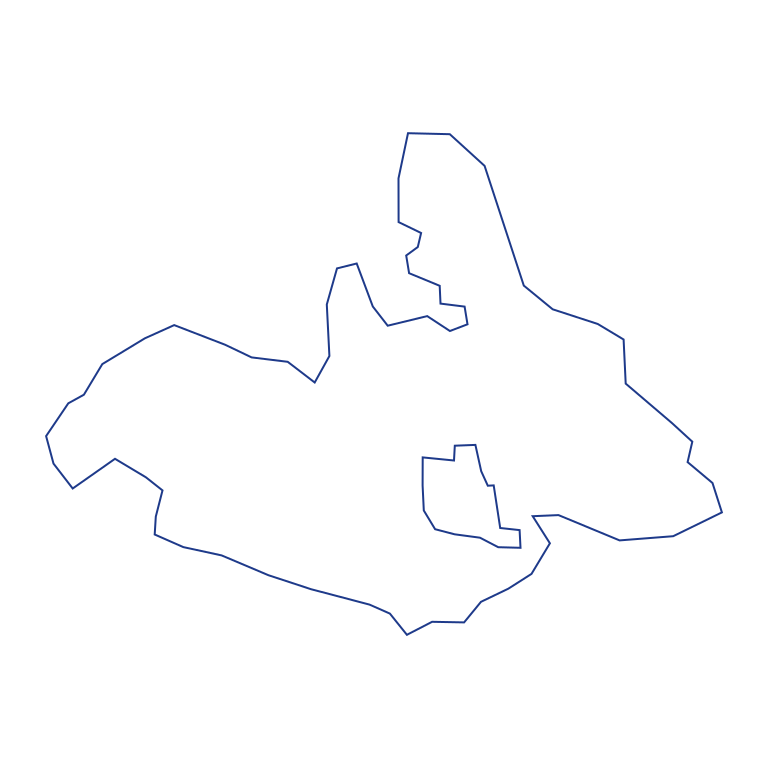 Urgench, Khorezm, Uzbekistan
{"feature_id": "79887680B5155786713045", "entity_name": "Urgench", "entity_type": "district", "adm_level": 2, "iso_a3": "UZB", "parent_name": "Uzbekistan", "parent_adm1": "Khorezm", "projection": "equal_earth", "projection_center": [60.538, 41.573], "detail": "fine", "context": "isolated", "style": "outline", "palette": "blue", "viewbox_px": 768, "rotation_deg": 0, "n_neighbors": 0, "source": "geoboundaries", "source_scale": "gbopen_adm2", "svg_char_len": 1118}
<svg xmlns="http://www.w3.org/2000/svg" viewBox="0 0 768 768"><path d="M68.3,403.3L46.1,436.1L53.5,463.6L72.7,488.5L115.0,458.8L145.9,477.3L162.5,490.4L155.8,516.6L154.7,534.5L183.3,547.1L221.6,555.4L268.4,575.2L311.0,589.2L369.5,604.6L389.9,613.6L406.9,634.8L432.1,621.8L464.1,622.4L481.0,601.8L508.3,588.7L531.5,573.9L549.9,543.3L532.7,516.2L558.5,515.1L619.6,540.4L673.2,536.2L721.9,512.4L712.5,483.0L687.6,462.1L692.3,441.7L672.0,423.1L625.7,383.6L623.6,339.5L597.8,324.0L552.7,309.3L523.8,285.6L484.6,165.9L449.8,134.2L408.0,133.2L398.5,178.4L398.6,222.1L421.1,233.0L417.8,247.0L406.2,255.5L409.1,273.2L439.7,285.8L440.5,303.6L464.6,306.6L467.5,324.3L449.9,331.0L427.2,316.1L387.7,325.7L372.8,306.5L356.7,263.5L337.0,268.4L326.8,304.5L329.4,356.0L314.7,382.5L287.7,361.8L251.6,357.4L225.0,344.7L174.2,325.1L144.9,338.3L102.3,364.1L83.9,394.7L68.3,403.3ZM475.4,444.9L481.2,471.2L487.8,485.7L493.7,485.4L500.2,528.0L519.6,530.1L520.5,547.8L498.2,547.2L480.0,537.7L454.6,534.3L435.1,529.2L423.8,510.5L422.6,485.5L422.7,457.4L454.0,460.5L454.8,445.7L475.4,444.9Z" fill="none" stroke="#1e3a8a" stroke-width="2"/></svg>